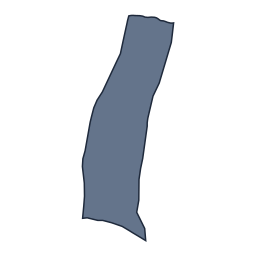 the district of Kernoi, Western Darfur, Sudan
{"feature_id": "16777658B31925406348154", "entity_name": "Kernoi", "entity_type": "district", "adm_level": 2, "iso_a3": "SDN", "parent_name": "Sudan", "parent_adm1": "Western Darfur", "projection": "equal_earth", "projection_center": [23.614, 14.984], "detail": "fine", "context": "isolated", "style": "filled", "palette": "slate", "viewbox_px": 256, "rotation_deg": 0, "n_neighbors": 0, "source": "geoboundaries", "source_scale": "gbopen_adm2", "svg_char_len": 929}
<svg xmlns="http://www.w3.org/2000/svg" viewBox="0 0 256 256"><path d="M145.7,240.6L144.7,228.5L136.7,212.3L138.8,200.2L139.0,179.5L140.6,168.5L142.7,158.5L147.2,126.1L147.2,122.8L147.8,118.3L153.0,96.1L159.2,83.1L171.3,42.5L172.5,32.6L173.6,22.9L172.2,23.1L170.8,23.1L169.0,22.7L167.4,22.3L165.4,21.5L163.5,20.9L161.4,20.7L160.4,20.5L159.6,20.0L158.2,18.9L156.6,17.9L154.7,17.3L151.3,17.1L150.0,17.2L147.8,17.4L145.9,17.2L145.0,17.1L144.7,17.0L144.4,16.9L143.7,16.5L142.4,16.1L139.8,15.7L136.7,15.6L136.3,15.6L134.2,15.5L133.5,15.4L132.0,15.4L130.9,15.5L129.7,15.7L128.8,15.9L127.5,20.8L127.2,22.4L123.4,39.7L120.4,53.7L116.8,61.2L110.6,74.4L102.4,91.9L97.1,100.1L93.8,107.8L91.5,116.7L90.2,122.1L85.1,150.8L82.9,158.7L82.4,166.5L84.3,183.0L84.5,196.2L83.8,205.6L82.6,218.3L87.2,217.8L97.8,220.4L102.7,220.4L111.5,222.7L122.2,226.4L129.4,230.7L132.6,232.7L145.7,240.6Z" fill="#64748b" stroke="#1e293b" stroke-width="1.5"/></svg>